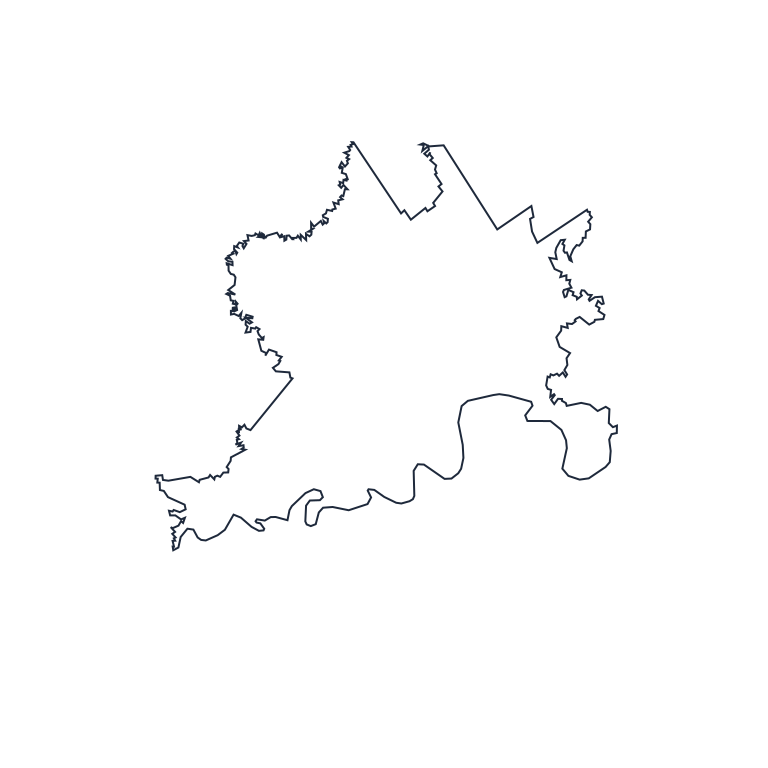 outline of Hidalgotitlán, Veracruz, Mexico, rotated 230°
{"feature_id": "50627088B3340107825603", "entity_name": "Hidalgotitlán", "entity_type": "district", "adm_level": 2, "iso_a3": "MEX", "parent_name": "Mexico", "parent_adm1": "Veracruz", "projection": "mercator", "projection_center": [-94.598, 17.582], "detail": "fine", "context": "isolated", "style": "outline", "palette": "slate", "viewbox_px": 768, "rotation_deg": 230, "n_neighbors": 0, "source": "geoboundaries", "source_scale": "gbopen_adm2", "svg_char_len": 6142}
<svg xmlns="http://www.w3.org/2000/svg" viewBox="0 0 768 768"><g transform="rotate(230 384 384)"><path d="M588.8,516.0L590.0,514.7L587.7,514.4L588.6,512.1L586.8,511.7L588.7,509.0L585.0,508.5L584.7,507.2L586.7,502.3L581.9,504.2L581.4,500.6L578.7,501.8L578.8,499.1L576.3,498.2L575.7,493.9L581.2,494.1L578.9,488.9L577.5,488.8L576.9,490.2L578.4,490.8L576.4,491.6L572.9,487.4L569.3,489.7L563.3,487.5L565.3,487.2L565.7,485.9L564.5,485.6L566.4,484.2L564.1,481.8L567.3,479.9L564.9,478.6L565.3,477.1L561.8,477.3L562.5,480.9L556.6,481.2L558.3,479.2L554.1,473.6L555.7,472.7L555.4,470.5L552.1,471.0L554.1,467.0L550.9,464.9L555.5,461.9L549.4,459.7L550.9,456.6L549.9,455.5L554.1,452.3L552.0,449.2L552.6,445.6L551.1,444.8L546.6,447.2L544.2,444.8L544.1,443.0L547.6,442.6L545.6,441.6L545.5,439.5L549.5,440.4L549.5,431.6L554.4,431.8L549.9,428.1L548.6,429.2L549.4,423.9L547.2,426.4L545.1,424.3L545.0,421.9L549.1,420.7L544.3,416.9L551.8,416.1L548.2,413.1L553.0,413.3L552.2,410.9L554.6,407.9L553.3,407.5L553.9,406.8L558.8,406.8L560.2,404.7L557.4,402.0L557.8,399.8L561.3,402.6L562.6,399.8L564.5,402.5L563.6,398.6L568.7,399.3L572.8,389.8L572.2,387.6L573.7,387.5L572.4,384.8L575.6,388.0L577.7,387.4L575.0,384.6L577.6,382.1L577.5,385.2L579.6,385.9L578.5,383.5L581.9,382.3L581.0,380.7L582.5,377.8L585.8,375.1L581.0,372.5L583.5,368.6L579.7,368.7L578.1,363.8L580.7,364.3L581.8,366.4L585.4,364.1L584.3,359.9L582.6,359.8L585.9,357.9L583.7,355.8L578.9,356.0L578.4,354.5L581.1,355.7L582.2,353.9L582.1,351.9L580.7,352.3L582.3,347.0L578.7,346.9L581.9,344.7L581.7,343.1L578.0,343.6L575.1,346.5L572.4,344.4L577.6,341.1L576.4,340.3L574.9,341.2L570.7,337.8L566.8,337.4L564.3,339.2L561.2,338.8L555.9,333.2L556.1,325.1L548.1,327.6L554.1,322.8L554.3,321.1L550.6,322.8L546.6,320.4L544.4,322.2L542.7,319.8L540.4,321.5L542.4,323.4L539.6,323.4L539.3,321.4L535.1,319.0L535.4,317.9L536.4,319.5L538.6,318.9L539.6,317.2L538.5,316.1L537.6,317.6L536.1,315.8L538.4,313.7L535.6,311.4L534.0,314.3L529.5,316.4L530.2,320.5L526.7,316.2L524.1,316.4L523.6,319.4L525.5,323.0L520.0,326.6L519.0,325.4L523.6,320.7L516.1,322.5L516.6,319.8L521.0,318.6L518.4,316.1L515.5,316.4L512.4,311.0L509.7,315.2L512.5,318.2L509.2,321.0L509.7,322.6L506.1,323.9L505.8,321.1L502.4,319.9L497.7,320.0L497.3,321.9L495.5,319.9L499.0,316.4L488.3,311.4L483.3,313.7L482.0,311.3L484.3,318.0L477.4,322.1L475.4,320.2L470.6,323.1L469.6,318.5L468.3,319.3L467.1,315.9L467.8,309.3L463.2,309.3L453.7,319.0L449.1,316.4L447.1,317.5L434.5,252.1L438.4,250.0L442.5,250.9L442.1,247.3L445.1,246.1L443.5,244.8L440.6,245.4L442.8,243.8L439.6,241.4L442.2,242.1L442.4,240.5L437.4,240.1L437.6,236.9L435.0,237.4L435.9,235.4L433.1,233.8L433.0,231.3L431.0,236.8L429.9,232.7L427.4,237.0L425.5,235.7L425.8,233.1L422.8,235.5L426.2,219.6L423.7,217.1L421.5,210.1L418.8,210.3L416.4,207.8L419.4,204.0L418.2,198.8L420.9,197.4L421.6,194.8L420.0,192.7L426.1,192.3L425.2,189.5L429.1,181.2L427.7,179.1L437.3,176.0L448.5,156.7L452.6,153.0L456.7,155.5L460.5,150.1L458.4,148.2L456.9,149.8L454.2,147.0L452.6,148.7L446.8,144.2L443.6,146.6L436.2,145.8L419.7,153.7L415.5,151.5L417.1,145.2L422.7,141.9L422.2,140.1L425.1,137.8L420.8,135.7L417.5,139.7L410.7,141.5L409.5,145.5L406.7,140.8L409.4,140.4L407.6,135.5L409.4,129.5L411.4,128.6L405.0,128.9L405.3,125.5L400.4,125.7L400.9,123.8L398.2,123.3L399.7,121.2L394.4,118.6L395.3,117.6L392.1,115.7L390.9,121.4L397.5,129.9L399.5,140.4L395.0,144.4L386.2,142.6L382.1,143.7L378.7,146.9L375.1,159.4L374.6,168.4L380.6,184.8L373.6,188.5L359.7,190.7L351.9,193.8L349.3,197.6L350.1,199.2L356.7,199.7L359.8,197.3L361.4,197.4L362.0,199.7L356.0,204.9L354.9,211.6L351.8,215.5L341.7,222.5L348.1,230.5L349.7,234.9L350.9,253.7L348.5,262.6L342.8,266.5L336.6,264.4L336.2,260.2L342.4,252.3L340.9,246.1L329.3,235.4L326.1,234.5L322.2,236.6L320.5,241.6L327.5,251.5L328.4,257.8L322.8,265.6L310.0,275.8L302.6,294.2L305.4,301.2L312.8,303.0L313.3,304.5L309.1,308.5L297.3,311.6L285.2,317.0L281.3,320.5L277.8,328.2L277.2,332.1L278.8,335.3L298.4,350.9L300.8,358.3L296.6,362.8L272.4,369.4L268.2,374.9L267.9,383.5L269.5,388.6L276.3,397.3L286.8,405.2L306.8,416.2L317.2,429.3L317.2,437.4L305.3,460.6L302.1,465.8L294.9,472.2L275.8,485.3L271.9,483.8L269.2,472.0L263.5,470.1L248.6,487.7L234.8,490.4L223.9,487.3L217.3,482.8L204.5,466.2L195.1,466.2L185.0,472.4L180.1,480.2L178.0,500.4L179.0,506.7L187.0,514.6L196.7,520.8L199.3,526.1L196.8,530.8L202.4,535.7L203.8,531.6L209.6,531.1L219.8,540.5L224.0,539.2L226.0,530.3L235.8,528.4L242.8,522.9L249.8,509.9L252.5,511.1L256.8,509.5L258.1,510.7L260.8,507.8L259.2,501.5L264.5,501.9L265.7,507.6L266.9,507.7L267.3,503.1L272.1,508.2L275.0,506.3L278.7,507.3L284.5,514.1L282.5,515.2L284.3,517.9L281.7,519.3L280.7,523.2L277.7,523.4L277.9,528.4L272.8,527.7L273.6,530.4L278.7,531.1L280.7,536.7L286.4,540.4L288.1,546.4L299.5,542.4L309.0,546.0L311.0,554.0L314.3,557.0L308.9,560.8L312.8,563.1L309.1,566.6L308.8,571.0L310.3,571.1L310.6,572.8L309.6,577.0L297.6,579.4L296.4,585.1L297.6,586.8L292.8,593.7L295.2,597.3L302.0,595.2L303.6,598.0L307.7,596.6L310.1,601.4L305.1,602.2L304.4,604.0L310.8,607.1L314.9,601.4L315.6,594.9L317.2,595.2L318.7,600.2L321.3,597.6L326.8,597.5L328.7,595.7L327.1,592.7L324.6,592.4L324.8,586.3L326.9,587.7L330.8,585.6L332.5,588.2L337.6,585.7L333.9,580.1L334.4,578.2L339.4,580.3L340.4,582.2L337.3,589.5L341.7,590.4L344.0,593.6L346.3,590.4L350.0,593.6L352.6,587.8L355.3,592.0L362.4,588.6L374.3,591.8L368.7,596.6L374.8,599.9L377.5,603.5L380.6,611.8L378.3,615.2L376.6,610.7L374.2,611.3L370.7,607.2L368.2,607.0L367.2,608.7L359.8,605.8L357.4,606.7L362.1,608.8L365.5,615.6L366.6,620.9L364.5,622.5L365.6,627.8L368.2,630.2L366.4,632.4L371.1,636.7L370.0,641.2L373.8,644.8L377.1,644.7L378.1,650.4L381.4,650.3L383.5,652.3L385.0,650.7L387.0,651.5L393.5,592.2L405.6,595.4L416.6,602.0L415.8,605.9L425.6,611.3L429.6,570.1L528.5,583.1L536.8,571.6L543.2,568.7L544.1,565.7L541.5,568.1L537.9,563.2L537.8,570.7L534.6,569.0L534.5,562.9L530.4,563.5L531.7,568.4L530.7,566.6L525.8,566.6L525.7,563.3L517.9,564.5L515.5,560.9L511.6,559.8L511.9,557.9L500.2,556.6L500.3,552.7L493.9,552.6L491.1,538.1L487.5,537.5L488.4,528.3L492.2,528.9L492.6,510.2L504.0,511.3L503.7,506.7L588.8,516.0Z" fill="none" stroke="#1e293b" stroke-width="2"/></g></svg>